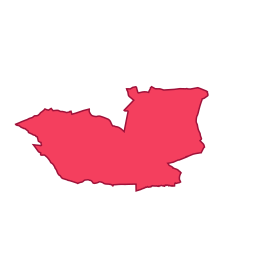 Bunesti, Suceava, Romania (Equal Earth projection), rotated 140°
{"feature_id": "2599482B56325809571103", "entity_name": "Bunesti", "entity_type": "district", "adm_level": 2, "iso_a3": "ROU", "parent_name": "Romania", "parent_adm1": "Suceava", "projection": "equal_earth", "projection_center": [26.308, 47.515], "detail": "fine", "context": "isolated", "style": "filled", "palette": "rose", "viewbox_px": 256, "rotation_deg": 140, "n_neighbors": 0, "source": "geoboundaries", "source_scale": "gbopen_adm2", "svg_char_len": 5766}
<svg xmlns="http://www.w3.org/2000/svg" viewBox="0 0 256 256"><g transform="rotate(140 128 128)"><path d="M179.4,196.0L181.1,195.7L184.0,195.8L184.7,195.9L185.4,195.9L186.4,195.6L188.2,195.5L189.1,195.6L190.4,196.3L191.6,197.3L192.6,197.5L194.3,197.5L194.5,197.5L197.6,198.8L200.1,199.3L200.7,199.6L205.7,201.3L207.6,201.8L211.7,203.1L211.8,202.6L211.5,202.1L211.3,201.4L210.8,201.0L210.5,200.4L210.0,200.1L209.8,199.2L209.6,198.6L209.5,197.6L208.6,195.6L208.2,195.0L208.2,194.7L207.7,194.0L207.3,193.8L207.1,193.1L207.1,192.5L206.5,189.8L207.1,188.5L206.0,186.1L205.5,185.2L205.4,184.9L205.2,184.1L204.9,183.5L203.7,181.7L203.9,180.8L203.9,180.7L203.2,179.5L204.7,176.4L205.1,175.6L205.1,175.3L204.3,173.1L204.0,172.9L204.0,172.7L204.6,171.9L204.9,171.4L205.1,170.8L205.4,170.4L206.0,170.5L206.3,170.7L206.5,170.9L206.7,171.2L207.5,172.1L208.3,172.9L208.9,173.5L211.3,176.0L211.4,173.4L211.8,167.8L211.7,167.1L211.7,166.8L211.4,166.2L211.0,165.4L210.9,164.9L211.6,164.3L212.0,163.8L212.1,163.4L211.7,162.8L209.6,161.2L209.2,160.6L209.1,159.5L209.0,159.2L208.8,158.0L208.7,157.0L208.8,155.0L208.7,154.9L208.8,154.2L208.9,153.8L209.0,152.6L209.3,151.4L209.3,151.0L209.2,150.5L209.0,150.0L208.8,149.2L208.8,147.5L209.1,145.7L209.1,145.2L209.6,144.5L209.6,144.2L209.8,142.0L210.8,138.9L211.0,138.0L211.1,136.7L211.0,135.9L210.7,135.4L210.6,135.2L210.8,133.1L210.7,131.7L210.4,131.2L207.8,127.2L207.6,126.5L206.6,125.3L206.2,124.7L205.1,123.0L202.6,118.9L202.1,117.8L201.4,117.7L199.7,117.1L198.6,116.5L197.4,116.0L195.1,116.0L194.5,115.8L192.2,114.3L191.7,113.9L191.4,113.4L191.0,112.6L190.5,112.1L190.1,111.4L190.0,110.7L189.9,110.1L190.1,108.3L189.8,107.8L189.2,107.1L187.6,106.2L186.2,105.6L184.8,105.3L184.5,105.1L184.1,104.9L183.2,103.7L182.5,102.5L182.0,100.8L181.8,100.5L181.0,99.4L179.4,97.9L179.0,97.5L178.6,97.2L178.4,96.8L177.7,96.2L177.5,95.7L177.1,95.4L177.0,95.0L176.9,94.5L176.8,94.3L177.0,94.0L176.9,93.6L176.8,93.4L176.2,93.6L175.7,93.9L174.1,92.7L171.0,90.5L168.3,88.3L166.5,86.7L163.4,84.3L161.2,82.5L159.4,81.1L158.0,79.8L162.2,74.6L161.5,74.3L161.2,74.2L160.9,74.1L160.2,73.7L159.4,73.5L159.2,73.4L159.0,73.2L158.5,73.0L157.3,72.6L156.7,72.5L155.2,71.9L154.9,71.9L154.6,71.7L154.4,71.6L153.9,71.5L153.4,71.3L153.0,71.3L152.8,71.4L152.4,71.3L152.3,71.2L152.1,70.8L151.2,70.5L150.8,70.5L150.8,70.3L150.8,70.1L150.5,69.6L150.0,69.4L149.7,69.2L149.3,68.8L148.8,68.6L148.6,68.4L148.4,68.4L148.1,68.2L147.9,68.2L147.7,68.1L147.3,68.1L147.1,68.1L147.1,68.3L146.9,68.2L146.7,68.1L146.4,68.1L146.1,67.9L146.0,67.5L145.8,67.4L145.5,67.0L145.3,67.0L145.0,66.7L144.8,66.3L144.5,66.2L143.9,65.5L143.5,65.5L143.1,65.0L143.0,64.7L142.7,64.5L142.6,64.3L142.6,64.2L142.4,64.1L142.1,63.8L141.7,63.8L141.7,63.7L141.5,63.8L141.3,63.6L141.2,63.3L141.0,63.2L140.8,63.2L140.4,63.0L139.7,62.8L139.4,62.6L139.1,62.3L138.6,61.4L138.4,61.2L138.1,61.2L137.9,61.1L137.8,60.3L137.6,60.0L137.4,59.9L137.1,60.0L136.7,60.0L136.5,60.3L136.2,60.3L136.0,60.2L135.8,60.0L135.8,59.7L135.6,59.5L135.2,59.5L135.1,59.3L134.4,58.9L134.1,58.3L134.1,57.7L133.6,57.4L133.3,57.5L132.9,56.7L132.3,56.2L132.2,55.8L131.9,55.6L131.4,55.6L131.0,55.2L131.2,54.9L130.4,54.3L129.6,53.7L128.3,55.0L127.5,55.5L127.2,55.5L127.0,55.3L126.9,54.9L126.7,54.7L126.4,54.4L125.5,54.1L123.9,53.2L123.7,53.1L122.4,52.9L122.1,53.8L121.9,54.9L121.6,55.6L121.1,56.3L120.4,57.1L119.0,58.3L117.6,59.0L116.9,59.5L116.6,59.5L116.2,59.5L116.2,60.8L116.4,61.3L116.3,61.7L116.5,62.0L116.6,62.4L116.6,63.1L116.7,63.7L117.2,65.0L118.2,66.6L118.6,67.4L119.0,68.0L119.3,68.5L119.0,68.7L119.2,69.8L119.6,71.0L120.0,71.7L120.4,73.0L120.5,73.4L120.4,73.7L120.2,74.8L120.2,75.4L117.7,73.9L117.1,73.7L115.5,72.8L114.6,72.5L112.8,72.0L110.1,71.2L109.6,70.7L104.8,69.1L101.3,68.0L101.4,68.4L100.6,68.0L99.3,67.5L96.8,66.7L94.9,66.1L94.3,65.8L92.6,64.9L88.5,62.5L87.9,62.0L83.4,63.9L82.5,64.2L81.7,64.2L80.8,66.1L80.6,67.0L80.6,67.7L81.0,72.0L79.0,72.3L78.7,72.5L78.5,72.8L77.6,75.3L76.7,76.9L76.4,77.4L76.2,78.0L75.7,80.0L75.0,82.0L73.8,84.3L72.9,85.8L72.7,86.3L72.2,88.1L71.8,88.8L71.5,89.3L69.8,91.1L68.3,92.4L67.4,92.9L66.4,93.3L65.8,93.7L64.4,94.6L62.4,96.1L58.7,98.7L55.2,100.9L53.4,101.9L52.6,102.6L52.4,102.6L51.4,102.1L50.2,101.8L46.5,101.5L46.2,101.5L45.9,101.6L45.7,101.8L45.6,102.1L45.4,102.1L44.7,103.3L44.4,104.0L44.4,104.4L44.4,104.7L44.2,104.8L43.9,104.9L44.3,106.1L47.2,111.6L48.6,114.0L55.1,117.7L57.2,119.6L57.5,120.3L57.9,120.6L58.6,120.9L63.0,124.8L67.8,127.9L76.2,134.1L77.9,136.8L78.5,137.6L81.5,140.2L81.9,140.6L83.4,144.5L85.0,144.3L85.1,144.0L85.4,143.8L88.0,142.8L88.9,142.3L89.3,142.0L90.9,144.0L92.2,145.2L93.5,146.1L94.2,146.5L97.3,148.1L97.5,148.3L97.6,148.7L97.5,149.1L96.2,152.1L95.5,153.4L95.4,153.9L95.4,154.3L95.6,154.6L95.9,154.8L97.3,155.5L98.0,156.0L99.1,156.2L101.1,156.5L102.6,157.8L103.9,158.9L104.4,157.8L104.8,156.0L105.1,155.4L105.9,154.1L106.6,152.9L106.8,152.0L106.7,150.8L105.7,145.6L119.6,144.1L119.6,143.8L119.3,143.0L118.5,142.3L117.4,141.5L117.2,141.1L117.4,140.5L122.8,136.2L133.3,127.7L133.7,130.8L133.9,132.0L134.7,134.4L135.6,135.9L136.6,137.0L136.9,137.5L137.2,138.2L137.5,138.6L138.3,139.3L138.4,139.8L138.3,140.5L138.2,141.2L137.3,144.3L137.2,145.3L137.3,146.6L137.5,147.4L139.5,151.2L139.9,151.9L140.8,153.4L141.9,155.1L142.5,155.7L143.3,156.3L144.7,157.0L145.3,157.5L146.3,158.6L146.6,159.1L146.8,159.2L146.9,159.4L147.7,160.8L147.7,161.2L147.8,162.0L147.8,162.5L147.5,164.2L147.3,165.0L146.9,165.8L146.3,166.6L145.6,167.2L145.5,167.4L150.9,170.0L158.1,172.8L162.1,174.6L160.9,177.5L161.9,178.0L162.1,177.7L164.8,179.1L165.4,179.6L165.9,180.6L167.7,182.9L168.7,183.7L169.1,184.1L170.2,186.4L170.5,186.7L171.7,187.7L174.3,189.5L174.3,190.2L174.3,190.9L174.3,192.4L177.5,192.8L177.8,193.3L178.5,194.2L179.4,196.0Z" fill="#f43f5e" stroke="#9f1239" stroke-width="1.5"/></g></svg>